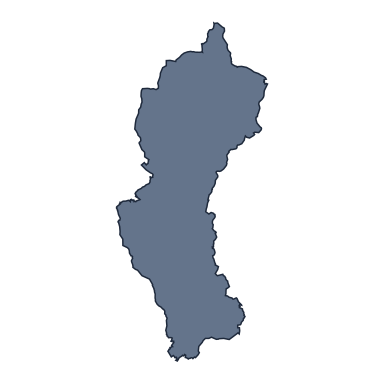 Negrilesti, Bistrita-Nasaud, Romania (orthographic projection)
{"feature_id": "2599482B55154264149060", "entity_name": "Negrilesti", "entity_type": "district", "adm_level": 2, "iso_a3": "ROU", "parent_name": "Romania", "parent_adm1": "Bistrita-Nasaud", "projection": "orthographic", "projection_center": [24.048, 47.317], "detail": "fine", "context": "isolated", "style": "filled", "palette": "slate", "viewbox_px": 384, "rotation_deg": 0, "n_neighbors": 0, "source": "geoboundaries", "source_scale": "gbopen_adm2", "svg_char_len": 6025}
<svg xmlns="http://www.w3.org/2000/svg" viewBox="0 0 384 384"><path d="M243.2,320.3L243.5,318.4L244.1,318.1L244.5,317.0L245.0,316.7L244.9,316.3L243.9,315.2L244.2,314.6L243.7,313.5L243.8,312.3L242.7,310.8L242.8,310.3L242.5,310.0L242.4,308.9L239.4,307.6L239.7,306.7L240.0,306.4L239.1,305.9L239.6,304.6L241.6,305.2L241.5,304.9L238.5,301.9L237.0,298.5L236.3,297.9L233.6,299.1L232.9,299.1L232.0,298.0L229.2,297.3L227.5,296.0L225.4,295.6L225.9,293.7L226.0,290.3L226.3,288.7L227.6,288.1L229.4,286.6L228.0,283.2L227.6,281.0L227.0,280.7L225.8,279.2L225.6,277.8L224.6,276.2L223.4,275.6L222.8,274.3L217.4,275.7L216.5,275.0L215.3,273.5L217.6,269.7L218.4,266.6L215.2,264.9L215.5,264.1L214.7,262.4L213.8,259.0L213.0,257.8L212.7,255.8L213.9,255.2L214.7,253.8L215.0,252.4L214.3,249.9L213.6,248.6L212.5,248.4L212.3,247.0L213.2,247.1L213.5,246.8L213.4,244.1L213.8,243.9L213.7,241.0L215.3,239.5L216.7,237.1L215.2,233.3L215.3,232.9L216.1,232.7L216.1,232.3L215.4,231.5L214.3,231.0L212.3,228.7L212.8,227.8L213.2,224.7L212.4,223.5L212.4,221.4L212.9,220.0L214.7,217.7L215.1,216.8L215.1,215.8L214.7,215.0L214.9,214.9L214.9,214.5L213.7,213.9L213.5,213.3L211.1,212.5L208.9,214.0L205.9,211.9L205.7,211.4L206.1,210.2L206.2,209.1L206.9,207.0L207.6,202.8L208.8,200.2L207.9,199.9L209.2,194.7L209.7,194.5L211.4,192.4L211.8,191.6L211.8,189.8L212.3,189.6L212.2,188.4L214.0,186.2L214.9,184.1L215.2,183.2L215.4,180.3L217.8,176.9L217.7,175.3L216.3,173.0L216.1,172.5L216.2,171.9L216.6,171.4L218.0,171.1L219.5,171.4L221.1,170.9L223.6,169.0L226.4,165.4L226.9,163.4L226.6,162.7L226.6,162.2L227.6,159.5L226.8,156.0L226.9,155.0L229.1,152.1L228.8,151.3L231.0,149.4L231.9,149.6L235.9,148.8L236.6,148.2L237.0,147.4L237.0,146.2L237.5,145.1L238.9,145.0L241.8,143.7L244.3,140.1L244.5,138.7L245.4,136.0L246.7,137.3L249.6,138.0L253.8,135.4L254.6,134.4L253.5,133.0L254.8,132.2L258.7,132.6L261.0,130.1L261.5,128.8L261.3,127.8L259.9,126.7L257.0,123.1L256.0,119.7L256.0,117.6L256.2,117.1L257.4,116.6L257.7,114.2L258.3,113.1L259.8,108.4L259.6,106.8L258.7,104.0L259.2,102.0L262.1,99.2L263.4,97.3L263.9,95.7L264.1,92.1L264.4,90.4L267.5,84.0L266.3,83.5L265.1,84.2L264.4,82.4L263.8,82.2L263.8,81.7L264.4,81.5L264.4,80.9L264.0,80.3L264.2,79.5L266.2,79.2L265.5,77.8L262.9,75.9L261.4,75.4L258.3,73.5L254.1,72.1L250.8,69.7L246.5,67.4L241.6,66.4L238.4,66.6L237.2,67.2L236.9,66.5L234.6,65.8L232.0,64.2L231.3,62.9L231.6,61.7L231.1,61.1L231.3,58.9L230.2,55.7L230.6,53.3L230.5,52.9L228.2,50.5L227.8,49.7L227.3,48.2L227.1,46.8L227.4,44.7L223.2,38.2L222.7,36.9L222.9,34.2L224.5,31.1L224.3,28.3L224.1,28.0L222.3,27.1L217.6,23.1L215.7,23.2L214.8,23.6L213.9,23.0L214.1,24.6L213.4,28.2L212.0,29.6L209.7,29.9L208.4,31.7L208.3,32.6L207.6,33.7L207.8,36.4L208.1,36.6L206.9,39.1L206.9,40.6L206.6,41.5L203.3,43.8L202.3,43.6L201.6,43.9L201.7,44.8L202.0,45.0L202.1,45.6L202.0,46.4L202.3,49.0L202.2,51.3L202.5,52.3L201.4,51.9L200.3,52.3L195.4,52.2L193.6,51.7L192.4,51.8L190.7,51.4L187.5,51.9L184.1,53.1L181.6,55.0L179.6,57.3L176.1,60.0L175.7,61.5L170.1,60.4L166.3,60.6L166.3,65.7L162.7,67.7L160.4,73.2L160.2,75.8L159.7,77.8L157.9,82.6L157.8,83.5L158.5,85.9L158.3,88.2L156.1,89.6L153.4,88.7L150.4,89.1L149.4,88.6L147.4,88.4L142.5,88.7L141.5,90.5L141.2,92.5L141.0,96.3L141.8,98.8L142.0,102.2L141.2,104.1L140.7,107.1L138.7,109.8L138.6,113.3L136.1,119.1L135.4,123.2L134.8,129.1L136.2,130.9L137.7,133.7L138.0,135.1L140.4,137.6L140.7,139.1L140.8,140.7L140.2,141.6L139.3,142.4L139.1,143.1L141.9,149.6L144.4,151.9L144.7,152.8L144.7,156.8L148.9,159.7L148.3,160.6L148.5,161.1L148.1,162.2L148.1,163.3L147.6,163.9L147.0,163.9L146.2,164.9L144.3,162.6L141.4,165.0L146.1,169.8L150.6,172.9L152.5,173.8L153.1,174.9L152.7,175.9L152.7,177.3L152.0,177.3L151.4,177.7L150.6,176.9L150.1,176.9L150.1,177.4L150.7,177.8L150.4,178.0L150.3,179.8L149.9,180.9L150.1,181.8L149.1,183.6L146.0,184.9L144.5,186.4L142.5,187.1L141.3,188.4L137.9,190.0L137.8,190.4L135.7,192.4L135.1,193.8L135.8,194.3L135.7,195.1L136.5,196.0L135.9,196.0L135.6,196.5L139.2,198.7L140.0,199.6L136.3,201.0L135.8,201.7L134.8,201.2L134.1,201.6L133.8,200.0L132.4,200.0L132.5,200.4L131.9,200.2L131.5,199.4L130.4,199.7L130.3,201.6L129.5,200.9L128.4,200.3L125.9,201.1L123.1,201.2L121.9,201.9L121.2,202.7L120.3,202.4L120.4,202.9L119.9,203.1L120.0,203.4L119.6,203.8L120.0,204.1L117.0,206.5L116.5,207.2L116.9,207.9L116.6,208.3L117.6,210.0L117.7,210.4L117.5,210.7L117.8,211.1L118.5,214.5L120.3,218.3L119.8,220.2L118.9,220.3L118.8,220.8L118.3,221.1L118.0,221.9L118.6,222.6L119.7,226.7L120.1,231.6L119.9,234.7L122.8,239.1L122.9,245.5L127.3,247.6L128.7,248.9L129.3,250.7L129.5,253.2L131.1,255.9L131.7,255.8L132.5,256.6L132.3,257.5L132.6,258.4L131.5,260.6L131.6,261.8L132.6,264.3L133.0,266.2L132.9,267.3L135.4,269.3L137.6,270.2L142.0,275.7L149.5,279.1L152.6,284.5L152.4,284.9L152.4,285.4L154.0,288.8L154.1,289.8L154.5,290.5L154.5,291.9L155.2,294.0L155.1,298.1L155.4,299.2L155.4,301.1L157.2,304.3L159.0,306.0L160.8,306.9L162.9,309.1L163.6,309.3L164.8,311.1L164.7,313.8L165.8,314.9L166.0,316.3L167.0,317.9L167.0,318.5L166.4,320.5L166.9,325.8L165.8,330.3L166.6,333.0L166.5,334.5L166.9,334.7L167.1,336.0L167.5,336.0L168.5,337.7L171.2,337.6L172.2,338.1L171.6,340.2L171.0,341.2L171.6,341.4L171.9,340.9L173.7,341.3L173.2,342.4L173.7,342.7L171.6,345.4L172.5,346.6L171.6,346.7L171.0,347.3L170.0,347.5L169.9,347.8L170.3,348.3L169.6,349.3L169.0,349.3L168.5,350.6L167.9,351.2L171.3,356.9L173.3,355.5L175.0,357.2L175.1,357.4L174.9,357.6L175.1,357.8L176.4,357.3L176.6,357.7L176.3,357.9L177.1,359.0L175.8,360.3L177.3,361.0L178.4,359.3L178.8,358.2L180.2,357.0L181.7,356.2L182.5,355.3L183.4,355.9L183.9,355.7L184.6,354.5L185.7,355.2L185.3,357.5L186.6,357.8L188.3,359.0L188.7,358.5L190.0,358.4L191.2,357.7L192.1,357.8L192.9,358.6L194.4,357.1L195.5,357.6L198.0,354.9L199.3,352.7L198.3,351.1L198.8,346.4L202.2,342.4L203.2,340.5L205.4,338.4L208.8,338.4L211.5,337.2L216.3,339.3L218.5,339.1L219.1,338.7L223.7,338.4L229.2,339.5L238.0,332.9L239.2,334.0L239.7,330.8L239.4,327.7L237.7,327.7L237.7,325.2L240.5,324.7L241.0,323.8L241.4,322.3L243.2,320.3Z" fill="#64748b" stroke="#1e293b" stroke-width="1.5"/></svg>